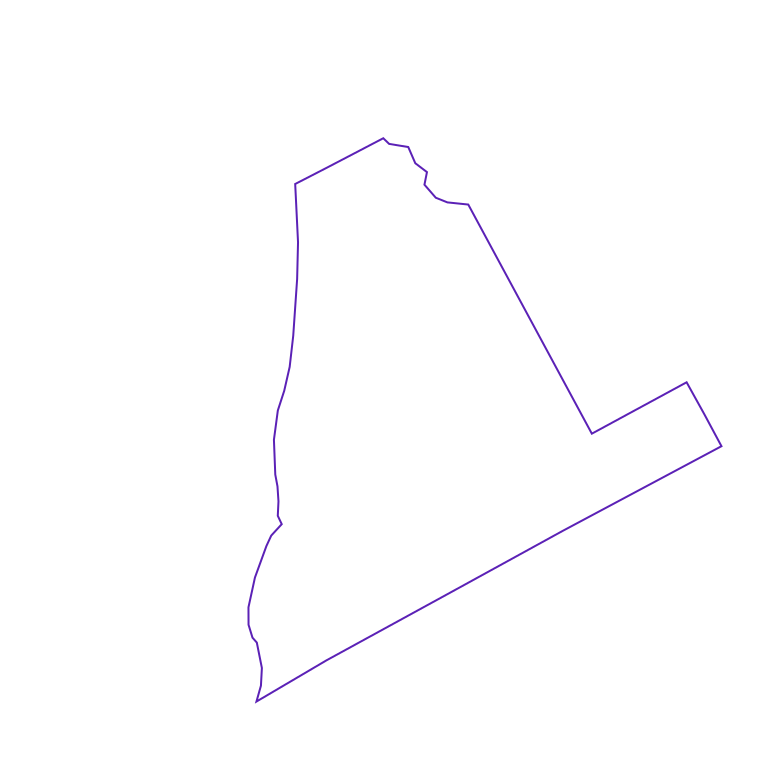 Bay, United States of America, rotated 61°
{"feature_id": "52423323B92612294973993", "entity_name": "Bay", "entity_type": "district", "adm_level": 2, "iso_a3": "USA", "parent_name": "United States of America", "parent_adm1": "", "projection": "albers", "projection_center": [-85.662, 30.246], "detail": "fine", "context": "isolated", "style": "outline", "palette": "violet", "viewbox_px": 768, "rotation_deg": 61, "n_neighbors": 0, "source": "geoboundaries", "source_scale": "gbopen_adm2", "svg_char_len": 657}
<svg xmlns="http://www.w3.org/2000/svg" viewBox="0 0 768 768"><g transform="rotate(61 384 384)"><path d="M602.0,119.0L565.8,118.5L529.2,118.5L528.2,226.3L267.9,223.3L255.9,240.5L246.2,248.4L229.3,252.0L219.5,243.7L206.1,249.6L188.5,247.9L176.5,263.1L168.7,265.5L167.1,329.6L166.0,364.7L218.4,390.5L250.1,409.1L297.8,440.0L323.3,458.2L341.5,474.5L355.7,489.7L379.4,507.3L410.5,523.0L421.9,526.8L435.5,533.2L447.8,540.8L457.0,541.4L461.9,556.1L468.7,565.4L490.7,590.7L513.6,610.8L528.9,619.2L542.1,622.0L548.5,620.6L573.2,628.5L588.2,637.9L599.9,649.5L597.8,568.3L598.6,421.1L599.1,299.2L602.0,119.0Z" fill="none" stroke="#5b21b6" stroke-width="2"/></g></svg>